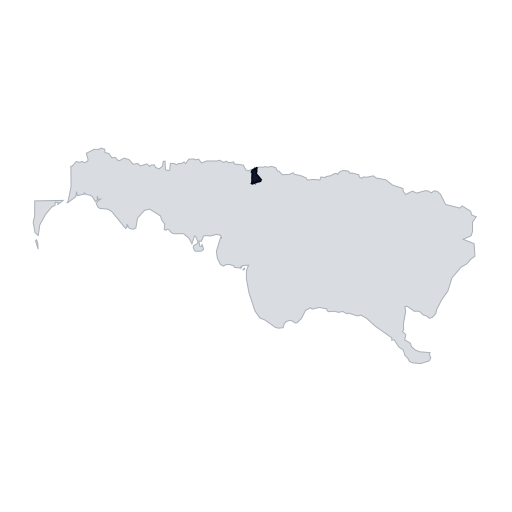 Loncopué, Neuquén, Argentina shown in context, rotated 88°
{"feature_id": "61730980B52932124932957", "entity_name": "Loncopué", "entity_type": "district", "adm_level": 2, "iso_a3": "ARG", "parent_name": "Argentina", "parent_adm1": "Neuquén", "projection": "robinson", "projection_center": [-70.351, -38.002], "detail": "fine", "context": "in_parent", "style": "filled", "palette": "ink", "viewbox_px": 512, "rotation_deg": 88, "n_neighbors": 0, "source": "geoboundaries", "source_scale": "gbopen_adm2", "svg_char_len": 5942}
<svg xmlns="http://www.w3.org/2000/svg" viewBox="0 0 512 512"><g transform="rotate(88 256 256)"><path d="M322.0,147.7L318.8,153.2L319.4,156.8L316.3,165.4L317.0,167.1L314.5,171.2L315.2,175.5L313.9,179.8L314.2,185.1L313.3,186.7L311.3,187.2L309.6,194.6L311.1,201.8L309.6,203.2L312.1,208.4L320.2,212.9L324.2,217.5L324.2,219.5L321.9,222.4L321.6,224.8L322.6,228.1L324.6,230.1L328.6,231.4L328.9,236.0L328.1,239.0L320.1,249.6L318.2,254.2L311.0,258.9L292.5,264.3L278.3,266.4L270.2,266.0L264.9,263.8L265.1,269.8L267.7,271.5L266.3,271.6L267.4,272.7L266.7,277.6L265.0,278.5L263.6,282.6L263.5,286.1L265.0,288.9L263.3,291.8L257.0,294.7L249.8,295.4L236.4,290.8L237.0,290.0L236.3,289.8L234.1,290.7L233.0,294.7L234.4,300.8L233.8,306.2L234.6,308.0L239.4,310.0L239.0,312.2L240.6,312.4L244.1,311.9L244.5,310.2L242.8,309.5L247.5,308.1L249.2,310.4L249.2,315.9L248.3,317.4L244.6,318.4L243.6,318.1L241.6,314.3L239.8,313.5L234.5,315.5L233.9,316.8L241.5,319.6L235.8,322.5L231.2,327.6L230.9,337.0L229.8,339.7L226.7,342.1L226.1,343.9L227.1,345.0L226.6,346.8L220.8,346.2L216.5,349.1L212.7,350.0L205.5,360.5L206.4,365.7L214.0,373.1L223.7,375.1L224.9,377.5L224.4,380.5L223.2,382.2L219.6,383.9L222.7,383.9L223.9,385.4L206.4,398.7L204.0,402.6L202.9,410.7L201.5,412.3L197.9,413.9L195.6,412.2L193.7,409.3L193.8,411.7L190.5,412.6L194.4,412.6L196.2,414.6L190.9,417.4L189.3,420.0L188.6,423.7L186.5,425.8L188.1,425.3L189.5,432.5L185.4,433.0L190.5,434.2L196.2,442.3L195.7,442.9L195.5,442.1L180.3,438.4L159.8,437.9L160.0,436.8L155.3,432.4L156.3,429.3L155.5,426.7L156.5,424.3L155.8,421.3L154.1,420.4L147.5,422.0L143.7,414.1L144.0,409.8L142.8,407.0L144.0,403.5L147.4,403.3L148.4,399.5L152.7,396.6L152.7,393.0L155.3,391.0L156.0,389.2L153.6,384.5L155.3,379.5L159.9,375.7L159.5,370.8L162.0,368.4L160.1,361.9L162.7,359.2L161.4,357.7L161.4,354.3L164.0,353.4L165.6,349.7L163.0,346.4L158.2,345.4L158.0,343.6L166.6,343.5L167.6,340.8L167.1,339.2L160.5,338.4L160.6,334.7L162.0,332.4L160.8,330.0L161.2,327.8L159.5,324.6L161.2,323.1L156.9,319.8L156.9,314.3L157.8,312.9L157.2,310.0L161.1,307.2L159.3,302.0L159.7,291.9L159.0,289.2L161.4,285.0L160.2,282.3L161.9,280.2L161.2,275.0L163.2,274.6L164.7,265.6L169.7,263.0L170.7,261.2L167.2,249.8L167.6,245.6L166.9,243.6L167.8,241.1L166.9,237.5L168.4,233.2L171.9,231.4L172.2,229.9L175.7,226.9L175.6,219.7L174.0,216.0L175.8,214.6L177.0,209.1L179.7,203.2L181.9,202.2L181.5,195.5L182.3,189.5L179.3,188.4L180.0,184.1L179.0,183.1L178.4,178.5L176.4,174.6L176.2,172.7L177.4,171.6L175.2,170.0L173.6,166.4L174.0,163.0L174.4,160.7L176.8,159.0L176.3,157.4L178.4,150.4L180.8,150.0L182.1,147.5L180.8,146.2L181.1,142.1L180.0,136.1L182.3,133.1L184.3,123.8L189.8,117.2L193.7,106.8L196.6,106.6L199.8,104.3L196.6,97.5L198.7,93.3L196.6,84.2L197.3,80.9L199.1,78.9L197.1,75.5L197.7,72.7L200.7,69.5L211.1,64.7L215.2,50.7L213.1,48.3L218.7,40.1L222.8,38.7L224.5,34.5L229.7,38.5L238.8,38.7L243.3,40.3L246.5,48.4L251.3,37.6L263.9,37.2L266.4,41.1L271.1,45.5L274.4,51.5L284.7,60.9L297.8,65.5L305.9,71.8L315.4,77.1L320.0,78.4L323.6,82.1L324.3,84.9L322.2,87.1L320.5,91.3L317.8,93.6L316.7,96.3L316.8,99.7L311.6,106.5L311.7,108.9L316.8,108.4L328.9,111.0L334.7,111.0L336.6,112.2L339.9,109.0L345.0,110.3L348.5,104.8L351.9,103.8L355.6,100.0L357.5,95.4L358.6,85.5L360.5,86.1L363.9,84.8L366.9,86.7L369.2,95.1L368.3,103.1L366.8,106.3L363.0,108.1L361.0,110.4L355.1,112.1L351.9,116.4L344.5,120.9L344.9,123.3L342.5,123.2L330.0,139.7L322.0,147.7ZM193.2,475.2L193.7,446.8L197.6,452.3L195.7,452.0L195.1,454.6L198.4,455.2L199.9,458.5L207.0,464.8L217.4,471.0L227.9,472.9L224.9,476.0L214.5,477.5L208.4,475.8L193.2,475.2ZM232.1,474.8L235.3,473.7L241.5,473.5L233.2,475.8L232.1,474.8ZM269.4,268.3L269.3,269.5L267.4,267.6L269.4,268.3Z" fill="#d9dde1" stroke="#a8b0b8" stroke-width="1"/><path d="M167.9,251.9L167.9,252.0L167.9,252.3L168.1,252.5L168.4,252.6L168.3,252.8L168.4,253.0L168.5,252.9L168.5,253.0L168.4,253.0L168.5,253.1L168.4,253.2L168.4,253.3L168.5,253.3L168.5,253.6L168.6,253.8L168.8,253.8L168.9,254.0L169.0,254.0L168.9,254.1L169.0,254.1L169.3,254.3L169.2,254.3L169.3,254.4L169.3,254.5L169.2,254.5L168.9,254.6L169.9,256.5L170.0,256.5L170.1,256.8L170.4,256.8L170.5,256.9L170.8,257.0L171.0,257.3L171.3,257.4L171.5,257.4L171.7,257.5L171.7,257.4L171.8,257.4L172.0,257.3L172.2,257.2L172.3,257.2L172.5,257.0L172.7,256.9L172.9,256.7L173.0,256.6L173.3,256.7L173.5,256.7L173.4,256.8L173.5,256.8L173.5,257.0L176.8,257.3L181.3,257.4L181.4,257.2L181.5,257.1L181.8,257.3L182.0,257.2L182.0,257.3L182.3,257.3L182.5,257.4L182.7,257.5L182.8,257.5L182.9,257.4L182.9,257.5L183.0,257.5L182.9,257.6L183.1,257.6L183.3,257.8L183.4,258.0L183.5,257.9L183.4,257.8L183.4,257.7L183.5,257.7L183.6,257.4L183.4,257.5L183.2,257.3L183.2,257.2L183.3,257.0L183.3,256.9L183.2,256.8L183.2,256.7L183.3,256.6L183.3,256.4L183.2,256.2L183.2,256.3L183.1,256.2L183.1,255.9L182.9,255.7L183.0,255.5L183.0,255.4L183.1,255.2L182.9,255.3L182.8,255.2L182.8,254.9L182.8,254.7L182.7,254.7L182.7,254.4L182.4,254.3L182.2,254.2L182.3,254.2L182.4,253.9L182.2,253.8L182.2,253.7L182.0,253.4L182.2,253.5L182.3,253.5L182.4,253.4L182.3,253.1L182.2,253.0L182.2,252.9L182.3,252.9L182.5,252.7L182.4,252.6L182.2,252.4L182.1,252.2L181.9,252.0L181.8,251.9L181.8,251.7L181.8,251.4L181.7,251.2L181.4,250.9L181.5,250.8L181.6,250.7L181.8,250.8L181.9,250.7L181.7,250.6L181.8,250.5L181.8,250.4L181.7,250.3L181.8,250.2L181.7,250.0L181.6,249.9L181.7,249.7L181.6,249.4L181.6,249.2L181.5,248.9L181.4,248.8L181.4,248.7L181.2,248.6L180.8,248.6L180.6,248.5L180.4,248.5L180.3,248.4L180.1,248.4L179.9,248.4L179.8,248.2L173.5,253.1L173.4,253.0L173.3,252.9L173.2,252.8L172.9,252.8L172.9,252.7L172.7,252.6L172.4,252.5L172.2,252.5L172.1,252.4L171.9,252.4L171.7,252.4L171.3,252.3L171.2,252.3L170.9,252.3L170.7,252.3L170.4,252.3L170.2,252.3L169.9,252.3L169.7,252.4L169.7,252.5L169.4,252.5L169.3,252.4L169.2,252.4L169.0,252.5L168.9,252.4L168.8,252.5L168.7,252.4L168.4,252.2L168.1,252.0L168.0,251.9L167.9,251.9L167.9,251.9Z" fill="#0f172a" stroke="#020617" stroke-width="1.5"/></g></svg>